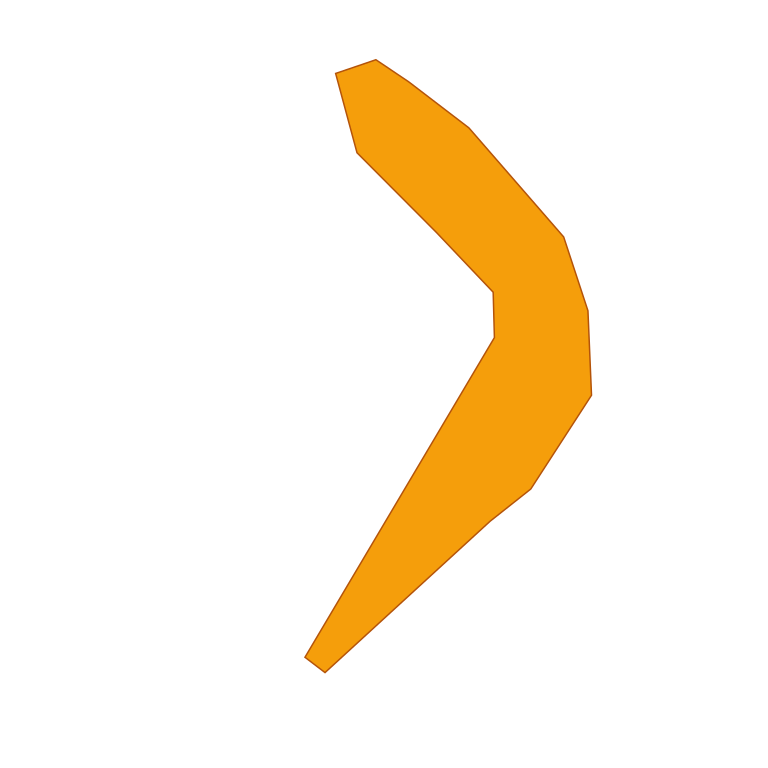 map outline of Malé (Albers equal-area conic projection), rotated 298°
{"feature_id": "MDV-5234", "entity_name": "Malé", "entity_type": "Capital", "adm_level": 1, "iso_a3": "MDV", "parent_name": "Maldives", "parent_adm1": "", "projection": "albers", "projection_center": [73.515, 4.203], "detail": "fine", "context": "isolated", "style": "filled", "palette": "amber", "viewbox_px": 768, "rotation_deg": 298, "n_neighbors": 0, "source": "natural_earth", "source_scale": "10m", "svg_char_len": 363}
<svg xmlns="http://www.w3.org/2000/svg" viewBox="0 0 768 768"><g transform="rotate(298 384 384)"><path d="M635.5,195.5L666.5,224.6L662.4,264.0L650.0,338.7L598.2,473.6L544.4,529.7L471.5,572.5L360.2,562.9L312.6,542.1L101.5,467.4L105.6,442.5L476.8,459.7L516.3,437.3L542.3,359.5L575.5,251.6L635.5,195.5Z" fill="#f59e0b" stroke="#b45309" stroke-width="1.5"/></g></svg>